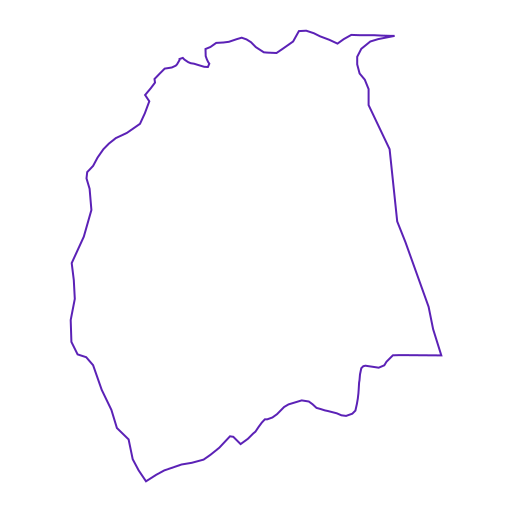 outline of Bocaranga, Ouham-Pendé, Central African Republic
{"feature_id": "33826404B56355179164788", "entity_name": "Bocaranga", "entity_type": "district", "adm_level": 2, "iso_a3": "CAF", "parent_name": "Central African Republic", "parent_adm1": "Ouham-Pendé", "projection": "mercator", "projection_center": [15.797, 6.756], "detail": "fine", "context": "isolated", "style": "outline", "palette": "violet", "viewbox_px": 512, "rotation_deg": 0, "n_neighbors": 0, "source": "geoboundaries", "source_scale": "gbopen_adm2", "svg_char_len": 1839}
<svg xmlns="http://www.w3.org/2000/svg" viewBox="0 0 512 512"><path d="M240.6,444.1L247.9,438.8L253.2,433.5L255.4,431.7L258.7,426.8L261.8,422.6L264.9,419.3L267.3,419.3L272.4,417.5L277.0,414.2L284.1,407.0L288.5,404.4L301.7,400.4L308.8,401.5L312.5,404.2L316.5,407.9L320.5,409.0L324.9,410.4L327.8,411.0L336.8,413.3L341.4,415.3L346.1,415.9L352.3,413.7L355.4,410.6L356.9,403.9L357.8,398.6L358.4,393.5L358.7,389.3L359.1,382.6L359.5,380.2L360.0,374.4L361.3,368.2L363.3,366.2L365.5,365.7L367.3,366.0L372.8,366.8L378.7,367.7L384.3,365.3L386.5,361.7L392.9,355.3L399.9,355.1L441.3,355.4L433.1,329.1L428.6,306.8L405.5,242.3L397.2,221.4L389.6,149.2L368.6,105.1L368.6,89.1L364.8,79.7L359.6,73.5L357.2,64.4L357.2,56.8L361.3,48.8L370.3,41.5L378.2,39.1L394.6,35.9L391.7,35.9L381.7,35.6L374.1,35.2L368.2,35.2L359.6,35.2L351.3,34.9L343.8,39.1L337.5,43.6L329.3,39.8L320.0,36.3L313.8,33.2L306.2,30.7L298.9,31.1L293.1,41.5L282.7,48.8L276.5,53.0L267.2,52.6L263.8,52.3L255.8,47.1L251.0,42.2L246.5,39.4L241.7,37.7L236.9,39.1L228.9,41.8L223.4,42.5L216.2,42.9L210.4,47.0L205.5,49.0L205.7,56.1L206.8,59.2L208.2,62.1L209.3,63.7L207.9,67.0L204.2,66.8L198.2,65.0L194.0,63.7L190.7,63.2L188.1,62.1L184.3,59.5L182.8,57.9L179.5,59.0L179.5,60.1L177.0,64.4L175.7,65.7L171.8,67.5L168.0,68.1L164.7,68.6L159.8,73.5L154.5,79.0L155.0,82.6L150.8,88.2L145.1,95.0L149.3,101.3L144.8,113.4L140.0,123.8L126.9,132.9L115.8,138.1L108.9,143.6L103.4,149.2L97.6,157.5L93.1,165.9L87.2,172.1L86.5,178.4L89.6,188.8L91.4,210.0L83.8,236.7L71.7,263.1L73.8,280.1L74.8,298.9L70.7,320.0L71.4,341.9L77.6,354.4L86.2,357.2L93.1,365.2L101.7,389.8L111.4,409.9L116.9,428.0L128.6,439.4L132.7,459.2L138.6,470.3L146.0,481.3L156.2,474.8L164.3,470.4L181.5,464.5L191.8,462.8L203.6,459.6L210.6,454.7L219.3,447.7L230.0,436.3L233.3,436.8L237.7,441.2L240.6,444.1Z" fill="none" stroke="#5b21b6" stroke-width="2"/></svg>